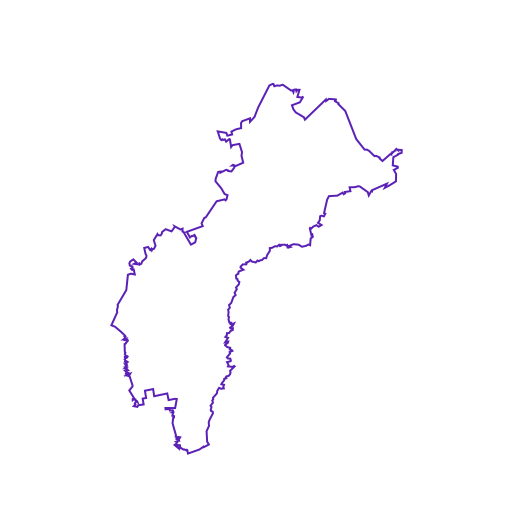 the district of Ocozocoautla de Espinosa, Chiapas, Mexico, rotated 242°
{"feature_id": "50627088B54254401995416", "entity_name": "Ocozocoautla de Espinosa", "entity_type": "district", "adm_level": 2, "iso_a3": "MEX", "parent_name": "Mexico", "parent_adm1": "Chiapas", "projection": "robinson", "projection_center": [-93.582, 16.795], "detail": "fine", "context": "isolated", "style": "outline", "palette": "violet", "viewbox_px": 512, "rotation_deg": 242, "n_neighbors": 0, "source": "geoboundaries", "source_scale": "gbopen_adm2", "svg_char_len": 6085}
<svg xmlns="http://www.w3.org/2000/svg" viewBox="0 0 512 512"><g transform="rotate(242 256 256)"><path d="M376.6,279.4L374.6,279.8L374.7,281.2L373.9,281.4L373.6,283.3L371.0,283.3L371.8,287.3L371.2,287.7L363.9,285.2L364.9,287.2L362.8,294.0L354.2,292.4L351.4,290.3L344.4,288.5L345.0,280.4L347.3,278.5L347.1,277.3L346.1,279.2L344.3,278.5L342.2,274.0L344.1,271.3L344.7,271.5L346.1,270.2L346.3,263.8L347.2,264.4L348.0,262.1L343.2,256.7L341.0,255.3L332.2,257.1L325.4,257.4L323.1,259.4L320.0,256.7L319.4,255.3L320.8,254.7L322.8,246.9L313.7,229.8L313.9,228.2L310.4,223.3L307.4,223.0L309.8,206.3L303.4,206.4L303.9,208.5L303.4,209.0L303.5,211.6L302.2,211.6L302.4,211.0L299.9,211.7L296.6,208.7L296.6,203.9L310.4,203.3L310.4,203.8L312.1,202.6L314.6,204.0L314.8,201.8L320.4,198.1L319.9,198.1L317.4,193.0L322.1,188.8L321.2,184.2L320.0,183.4L319.0,181.5L320.3,179.3L321.6,179.3L318.0,173.2L312.2,172.1L310.3,169.3L310.5,167.8L311.2,167.5L310.3,166.9L310.9,166.6L310.5,166.2L311.4,166.2L311.2,165.3L314.6,165.0L315.6,161.1L309.9,159.5L307.8,159.5L306.5,158.6L305.8,157.6L304.7,153.1L303.0,151.0L303.0,149.2L304.3,149.3L303.9,148.0L306.3,144.7L306.3,147.4L310.6,146.1L310.2,142.4L309.1,140.8L306.7,140.1L304.7,142.0L303.5,141.5L303.5,139.7L301.9,140.1L301.4,141.7L296.6,140.3L299.1,137.3L299.6,134.1L286.8,125.5L277.8,110.8L276.4,110.5L273.5,107.8L271.5,107.1L262.7,95.8L259.8,98.3L252.0,101.4L247.3,102.9L246.8,102.2L246.1,102.9L245.0,101.8L244.7,100.3L244.0,102.5L243.3,100.9L242.3,103.2L241.6,103.2L240.9,102.4L240.7,100.7L239.9,100.1L239.9,98.6L232.8,95.1L232.0,95.3L230.8,94.0L227.9,94.6L227.8,96.2L226.9,94.2L228.2,93.7L228.5,92.8L227.9,92.6L227.1,93.4L226.4,91.5L225.1,91.6L224.4,90.8L224.0,92.2L222.7,92.9L222.4,90.6L222.0,91.1L220.3,90.9L220.0,90.2L220.8,89.6L219.1,89.6L219.3,88.2L218.7,88.5L218.9,89.6L218.5,89.9L218.3,88.0L217.9,88.8L215.6,89.3L216.4,88.0L215.3,87.5L216.3,87.2L216.3,86.5L214.6,87.4L213.4,86.1L213.0,87.0L212.3,86.1L212.4,86.8L211.9,87.0L212.5,87.2L211.8,87.4L214.1,87.8L212.6,88.0L213.4,88.9L211.2,88.1L211.1,89.6L210.2,88.2L210.9,86.1L208.9,87.9L199.6,86.2L198.7,85.6L196.8,81.0L187.5,81.6L187.6,80.0L186.6,79.5L186.9,81.3L186.0,82.2L185.3,81.8L183.8,82.8L182.5,82.7L184.1,81.9L182.5,79.6L181.5,79.8L180.8,77.6L178.5,80.4L179.5,81.9L177.7,87.1L183.3,89.0L182.2,92.3L189.2,94.7L186.8,102.7L180.0,100.3L176.3,113.1L169.8,111.2L168.0,117.3L166.9,118.9L159.7,113.2L164.3,104.7L163.1,104.2L161.5,107.9L160.0,107.4L158.7,110.1L157.1,109.9L157.1,108.6L156.5,109.4L154.3,107.2L153.1,108.5L152.0,107.8L152.4,107.2L147.5,103.8L135.1,101.1L134.3,100.3L133.2,101.1L132.8,100.7L132.8,101.8L132.2,102.0L132.6,102.5L131.5,103.9L130.6,102.3L131.5,103.3L132.1,101.5L131.1,100.1L130.6,100.6L130.8,101.4L130.5,100.9L129.7,101.6L129.4,101.5L130.0,101.1L128.9,99.8L129.3,98.4L128.6,98.8L127.7,97.7L127.4,95.4L122.9,97.2L126.0,97.8L124.6,100.0L121.9,98.9L121.8,99.6L119.2,101.0L119.1,101.7L117.1,103.2L117.4,103.9L116.9,104.2L113.5,103.2L111.7,115.2L112.3,120.1L111.7,120.1L111.7,125.9L115.0,125.7L124.5,130.1L128.1,134.8L131.4,136.2L133.1,138.0L137.4,144.2L139.0,144.7L140.1,143.6L141.1,143.6L143.6,145.8L145.1,145.6L146.7,149.1L149.0,149.6L149.5,150.9L151.0,151.5L153.0,156.9L155.3,158.7L156.9,161.6L155.2,162.8L154.2,165.4L155.7,165.6L157.3,167.3L159.0,165.2L159.7,166.0L161.2,169.5L162.5,170.3L162.0,172.4L163.1,172.4L163.6,173.2L163.0,175.6L163.7,177.4L164.8,178.7L166.7,179.1L168.6,185.3L169.2,185.0L169.2,183.1L171.7,179.4L172.6,180.6L175.9,180.6L175.0,184.2L175.7,184.8L177.4,185.1L178.7,183.1L180.2,182.7L182.1,187.3L183.6,187.6L183.3,190.6L184.5,190.4L185.8,189.0L187.1,190.1L189.0,187.9L191.7,186.8L192.1,187.1L192.6,190.5L193.5,191.3L194.3,188.3L196.9,192.9L198.9,191.0L199.6,192.9L201.5,194.1L200.6,196.0L201.7,198.2L201.6,200.8L203.0,201.7L204.0,199.5L204.9,199.5L205.3,202.8L206.8,204.9L207.0,202.1L207.9,201.5L208.8,202.7L209.8,201.2L213.2,202.1L214.7,203.5L216.0,203.2L219.4,205.5L221.7,206.2L222.6,208.6L225.4,209.2L226.1,212.0L230.4,216.8L231.0,219.6L233.6,219.9L235.7,223.5L237.5,223.5L239.1,227.6L240.9,229.1L242.8,228.2L244.3,228.8L245.3,228.0L248.1,229.1L248.7,230.3L248.6,232.1L250.0,232.9L250.4,233.8L249.8,238.4L253.0,236.9L253.8,237.4L254.8,240.4L253.2,243.5L253.9,244.3L254.8,244.3L254.4,246.9L255.1,249.2L253.3,249.5L250.4,252.7L251.3,255.1L250.1,256.0L250.2,257.9L249.6,259.3L250.4,262.1L249.3,264.0L251.5,266.2L254.1,270.7L256.5,271.9L255.7,273.9L255.7,277.5L254.5,279.1L255.1,281.8L254.7,282.3L253.5,281.9L253.3,282.6L253.9,283.7L252.4,286.9L251.2,287.5L251.1,288.7L249.0,288.0L249.0,288.5L248.2,288.5L247.8,290.5L249.4,289.3L248.8,294.7L246.0,298.9L242.6,300.9L241.5,304.9L241.5,307.7L240.1,308.8L245.8,312.5L246.2,315.1L248.5,315.8L248.3,314.7L255.2,316.5L255.4,317.0L254.3,317.6L255.1,320.4L254.9,323.8L252.4,325.1L252.6,328.4L256.2,326.3L257.5,329.0L261.0,331.3L260.8,332.8L259.1,334.6L260.8,337.0L261.9,336.2L272.4,345.3L274.6,348.5L271.1,356.2L271.3,362.3L269.4,362.4L269.5,364.1L270.8,364.6L268.9,369.8L272.7,370.9L270.4,375.5L269.6,379.1L268.5,380.4L259.9,384.7L256.5,384.0L259.2,388.2L258.6,388.8L259.6,389.3L258.4,405.5L255.7,401.7L255.7,406.9L256.2,414.6L262.6,418.2L267.3,418.1L267.3,422.6L268.3,423.1L271.8,419.3L278.7,423.6L278.8,429.0L279.3,429.2L278.7,433.0L281.2,434.4L283.1,431.3L282.6,431.1L284.7,430.2L284.2,428.9L283.6,428.6L283.9,427.9L283.3,426.1L283.7,425.1L282.9,424.6L283.1,423.6L282.1,423.1L282.9,422.5L280.5,412.3L284.2,410.9L284.9,411.4L288.1,409.0L288.5,407.5L295.8,405.2L298.0,403.7L299.0,401.8L312.2,399.4L342.2,402.9L351.5,400.0L352.1,400.6L355.6,398.4L356.5,398.9L356.3,400.7L360.5,394.2L359.9,390.7L361.4,391.2L353.4,363.2L356.1,363.4L364.1,358.5L367.9,357.9L372.2,358.5L371.1,366.9L374.6,372.6L374.4,370.8L377.0,367.2L382.3,372.4L383.2,370.8L382.5,369.0L384.3,369.5L385.0,367.6L383.0,365.9L385.2,366.0L385.6,364.7L394.7,360.0L395.2,356.9L396.7,354.7L397.3,351.9L399.6,352.2L400.1,351.7L400.3,347.9L386.1,327.6L379.5,320.0L377.3,313.7L380.4,315.3L381.5,307.0L380.4,305.2L375.9,302.9L377.2,298.0L377.4,292.7L374.5,292.0L375.7,287.2L378.6,287.6L384.0,280.7L376.6,279.4Z" fill="none" stroke="#5b21b6" stroke-width="2"/></g></svg>